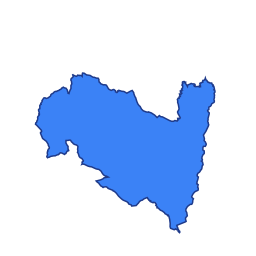 outline of Bala, Mehedinti, Romania, rotated 23°
{"feature_id": "2599482B80855070454238", "entity_name": "Bala", "entity_type": "district", "adm_level": 2, "iso_a3": "ROU", "parent_name": "Romania", "parent_adm1": "Mehedinti", "projection": "albers", "projection_center": [22.826, 44.908], "detail": "fine", "context": "isolated", "style": "filled", "palette": "blue", "viewbox_px": 256, "rotation_deg": 23, "n_neighbors": 0, "source": "geoboundaries", "source_scale": "gbopen_adm2", "svg_char_len": 5815}
<svg xmlns="http://www.w3.org/2000/svg" viewBox="0 0 256 256"><g transform="rotate(23 128 128)"><path d="M213.5,166.5L213.5,164.0L214.1,161.5L214.8,160.1L216.7,158.1L216.8,157.5L216.1,155.8L215.3,155.4L214.7,152.7L213.1,152.5L213.2,151.9L212.6,151.0L212.4,148.3L211.9,145.6L210.8,145.4L210.0,144.3L210.0,142.4L211.0,140.8L211.3,139.7L211.3,138.4L211.8,137.7L211.8,136.5L211.1,133.8L211.5,132.5L209.9,130.2L208.5,129.8L208.9,129.3L209.0,128.4L208.6,127.7L208.0,127.5L207.4,125.6L207.5,123.2L208.1,121.9L208.0,121.2L207.1,119.3L205.4,118.9L204.6,116.6L204.6,115.4L206.3,114.7L206.5,113.1L206.3,112.2L204.5,110.5L203.0,109.9L202.6,108.1L200.2,105.0L201.0,100.6L201.2,94.4L200.9,93.2L200.2,92.6L199.7,91.6L199.0,91.1L198.6,90.4L198.6,89.3L197.9,87.9L197.2,83.1L196.6,82.1L195.9,82.0L194.6,81.1L194.4,80.6L195.2,79.4L194.3,77.4L194.3,77.1L195.4,75.8L195.7,74.7L195.6,73.5L195.7,72.8L197.2,70.8L197.0,69.4L196.0,68.3L195.6,66.0L195.0,64.9L194.9,64.0L193.8,62.6L193.7,62.1L194.0,61.1L194.0,60.8L193.1,59.3L192.1,59.3L192.3,58.3L190.8,56.2L190.5,56.0L190.2,56.4L189.9,56.2L190.1,55.8L189.8,55.4L189.5,55.7L189.3,55.0L188.4,54.9L187.5,53.9L185.9,54.5L184.8,54.6L184.4,54.3L183.8,54.6L182.5,53.9L182.1,53.4L180.9,53.2L179.7,51.8L179.8,52.6L179.6,53.9L179.1,54.5L178.3,55.0L178.9,56.6L178.4,56.7L178.0,57.7L177.1,58.2L176.7,58.8L177.9,60.4L177.3,60.8L178.6,61.7L178.5,61.8L177.9,61.8L177.7,62.3L176.5,62.3L173.9,63.6L172.8,63.7L172.3,63.2L173.1,62.8L173.1,62.4L172.6,61.7L171.6,61.6L170.2,62.2L168.7,62.3L167.6,63.7L166.1,65.1L166.5,66.5L163.2,64.2L163.2,63.6L162.4,64.1L162.5,63.6L162.4,63.3L161.7,63.2L160.6,63.8L160.2,64.3L160.5,65.5L161.0,66.0L161.2,67.0L160.9,67.1L161.0,67.6L162.0,67.9L162.6,70.1L162.2,70.9L163.0,71.7L162.3,71.8L162.7,72.7L162.1,73.1L162.7,73.3L162.0,74.2L162.2,74.5L163.9,74.9L163.5,75.6L163.6,76.4L162.5,76.3L162.1,76.6L162.9,77.3L162.8,77.7L163.8,78.6L163.0,79.2L163.2,79.6L163.0,80.3L163.3,80.7L162.6,80.9L162.3,82.5L163.2,83.6L163.6,84.9L165.2,86.8L167.4,90.2L167.6,91.3L167.3,93.7L167.6,94.3L169.1,95.8L169.8,96.2L172.1,98.2L171.9,99.2L170.4,99.4L170.0,99.7L170.3,100.0L170.3,100.5L171.0,100.9L170.7,101.5L170.5,102.4L168.2,102.8L167.2,104.1L165.5,104.8L163.2,104.9L155.4,104.3L153.7,104.8L152.0,104.3L150.7,107.0L147.5,105.7L143.6,105.0L140.5,105.2L140.4,105.6L138.5,106.1L135.3,106.2L133.0,105.3L130.7,103.4L129.6,103.1L127.8,102.1L125.7,100.1L123.2,97.1L122.1,96.4L120.1,94.3L119.4,93.2L117.2,91.8L116.0,93.0L113.3,96.4L110.3,96.0L109.0,96.2L108.3,96.6L104.9,96.9L105.0,97.5L104.6,97.9L104.1,97.9L104.3,98.9L103.9,99.7L103.4,99.5L102.4,99.6L102.0,98.6L99.9,98.1L99.1,98.6L97.8,100.0L95.6,99.8L94.8,99.6L91.4,97.0L89.9,97.2L88.5,97.9L85.4,97.9L84.6,97.2L83.4,96.9L83.0,96.1L82.5,95.5L82.3,94.7L81.1,93.8L79.6,94.4L77.0,94.5L76.5,94.8L75.5,94.9L72.6,94.4L69.1,95.3L66.2,94.7L64.7,95.2L64.9,96.5L65.6,98.3L64.9,98.0L63.0,98.3L62.7,98.8L61.1,98.9L60.6,100.3L60.1,100.7L56.9,100.7L55.9,100.2L57.4,101.8L57.3,103.1L56.4,104.6L56.5,105.6L56.7,106.3L57.6,106.9L59.0,109.3L58.9,111.3L60.1,114.0L59.9,115.6L60.0,116.2L59.9,116.8L60.2,119.4L59.2,119.3L59.3,119.0L57.9,117.8L57.5,116.9L55.4,115.6L53.8,115.9L52.4,115.7L52.0,116.7L51.3,117.2L51.1,118.6L50.0,119.6L49.8,120.3L48.3,121.6L48.1,122.2L46.8,122.7L46.0,123.7L45.3,125.6L44.7,126.1L44.0,127.3L44.2,128.9L42.5,131.7L41.1,132.8L39.9,132.6L38.8,133.2L38.2,136.0L38.1,136.3L38.5,136.7L38.6,137.3L38.1,139.5L38.8,140.2L38.0,141.3L38.0,141.7L39.3,144.7L38.9,145.0L38.5,146.0L39.0,147.1L40.2,148.3L40.3,149.1L41.0,149.7L41.1,150.1L40.6,150.2L41.1,151.2L40.6,152.6L40.6,153.5L41.2,154.4L41.6,156.3L41.3,157.3L41.6,157.8L41.6,158.7L41.1,159.3L41.4,160.7L42.8,161.1L49.2,164.0L49.8,164.8L49.8,165.5L49.2,166.2L49.5,167.0L53.5,171.0L58.1,172.2L60.8,174.1L61.4,175.1L63.1,176.5L63.5,177.6L62.9,178.7L63.0,179.2L62.9,180.0L63.3,180.9L63.1,181.5L63.6,182.9L64.4,183.9L64.4,186.0L64.6,186.3L65.6,186.8L65.9,186.3L66.9,185.7L68.0,184.3L70.9,182.4L71.7,182.2L73.2,180.5L74.2,179.9L74.2,179.4L74.5,179.3L74.9,178.7L75.3,177.3L76.8,176.9L80.0,177.1L80.3,176.0L80.8,175.7L80.9,173.4L81.9,172.4L81.6,172.0L82.1,171.8L80.7,170.2L80.0,168.3L78.8,167.7L76.7,166.0L75.8,163.7L77.9,162.7L78.6,162.1L79.9,161.7L81.5,162.9L82.3,163.0L84.0,163.9L85.9,164.0L87.2,163.7L88.8,164.3L89.2,164.7L89.9,167.3L90.8,168.6L91.0,169.5L91.0,170.2L92.0,170.7L94.2,173.3L95.6,174.0L97.5,174.1L99.2,175.3L99.6,175.4L99.8,176.2L99.0,177.4L99.7,178.3L99.7,179.5L100.3,178.9L102.0,178.5L106.0,178.7L108.4,178.4L109.2,178.0L114.7,178.1L117.5,177.5L120.2,178.3L121.7,179.5L123.7,180.7L125.9,181.1L127.1,180.7L129.0,180.9L125.4,183.2L124.8,184.6L122.9,186.6L119.4,189.2L120.7,189.8L122.7,190.2L123.8,191.0L125.8,192.0L126.9,192.0L128.2,192.5L128.4,192.4L128.4,192.0L130.8,190.6L132.7,190.9L132.8,191.2L133.4,191.4L138.5,191.3L139.0,191.8L140.0,191.6L142.8,192.6L145.9,194.4L149.7,195.8L151.8,196.3L155.6,196.3L157.4,196.7L157.8,197.3L158.5,197.7L160.9,197.5L161.9,198.4L165.8,196.2L166.7,193.5L166.9,193.2L167.3,191.3L168.1,189.8L169.4,188.8L170.3,187.1L172.8,184.5L173.2,184.6L173.8,185.4L174.7,185.5L175.2,186.2L176.6,186.2L176.3,186.5L177.2,187.0L180.3,187.0L180.6,186.4L182.0,186.1L184.0,187.3L183.8,188.3L185.7,189.1L185.8,190.1L187.1,189.9L189.9,191.0L191.9,191.0L194.7,191.7L195.5,192.4L198.3,192.6L198.4,193.0L198.9,193.3L199.2,193.2L198.8,192.8L199.1,192.5L200.2,193.4L202.1,195.9L204.1,199.3L205.3,202.4L206.4,203.7L210.3,203.6L211.2,202.3L212.3,202.6L213.4,202.3L213.9,202.5L214.6,203.6L216.3,204.2L216.4,203.5L215.7,202.7L214.5,202.6L214.0,201.5L212.8,201.1L212.6,200.1L211.8,199.7L211.3,198.7L211.0,198.5L217.6,191.9L218.0,191.2L216.6,189.5L216.1,188.2L216.9,185.7L215.0,182.7L213.7,181.8L213.0,180.0L213.4,177.1L214.0,175.9L215.2,173.9L216.4,173.4L216.6,172.9L216.6,171.4L215.8,168.8L215.9,167.6L214.2,167.0L213.5,166.5Z" fill="#3b82f6" stroke="#1e3a8a" stroke-width="1.5"/></g></svg>